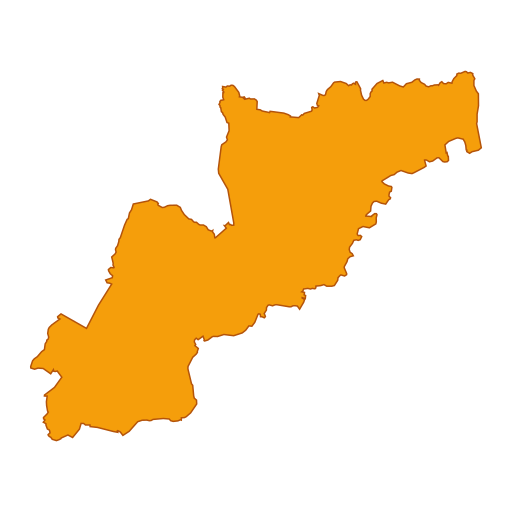 the district of El Grullo, Jalisco, Mexico, rotated 270°
{"feature_id": "50627088B46510877270516", "entity_name": "El Grullo", "entity_type": "district", "adm_level": 2, "iso_a3": "MEX", "parent_name": "Mexico", "parent_adm1": "Jalisco", "projection": "orthographic", "projection_center": [-104.189, 19.796], "detail": "fine", "context": "isolated", "style": "filled", "palette": "amber", "viewbox_px": 512, "rotation_deg": 270, "n_neighbors": 0, "source": "geoboundaries", "source_scale": "gbopen_adm2", "svg_char_len": 6047}
<svg xmlns="http://www.w3.org/2000/svg" viewBox="0 0 512 512"><g transform="rotate(270 256 256)"><path d="M364.2,481.3L388.4,476.6L390.3,477.1L397.9,477.1L406.3,478.5L418.2,478.4L421.0,476.3L426.5,473.9L431.6,473.9L433.2,474.8L436.9,472.7L438.4,472.8L439.6,470.4L439.0,467.8L440.3,466.4L440.6,465.1L438.7,460.7L438.9,458.8L438.0,456.9L436.4,456.8L433.5,453.9L430.4,452.2L428.8,451.9L429.6,448.2L428.2,446.1L428.4,443.6L430.3,441.8L429.3,440.2L426.8,438.6L427.2,438.3L427.0,434.4L426.1,432.0L426.3,431.1L425.2,428.6L425.9,426.1L427.7,424.6L429.5,421.1L431.7,419.3L432.9,419.4L433.0,417.0L432.1,414.9L429.7,411.8L428.3,406.4L425.0,403.3L426.1,399.7L429.8,392.5L429.1,388.7L429.7,386.6L429.0,383.9L431.5,382.8L428.5,377.0L422.8,372.0L421.1,372.1L419.9,370.9L418.3,370.2L415.5,370.2L412.7,368.1L411.6,366.5L411.6,365.0L412.8,363.5L416.8,361.6L421.7,360.5L423.3,360.6L430.2,356.9L430.2,356.0L429.7,355.5L427.7,355.5L428.8,353.7L428.2,352.4L427.0,351.5L427.2,350.1L426.3,348.6L428.5,346.2L430.5,340.5L429.9,334.7L429.2,333.6L425.3,330.8L422.5,327.5L420.7,326.3L417.4,325.5L416.6,324.6L416.5,323.1L418.4,318.7L416.6,319.3L408.6,316.8L406.8,317.3L406.1,318.7L404.6,317.5L404.0,314.6L405.2,312.8L404.6,311.7L402.0,312.1L400.8,311.5L398.6,304.3L396.9,302.7L397.2,301.7L394.4,298.7L395.1,290.3L396.0,290.5L397.4,288.1L398.9,283.8L400.7,270.1L399.4,269.6L401.0,262.2L402.2,260.2L402.7,256.8L410.4,257.2L411.8,256.4L413.1,254.4L413.0,250.5L413.8,249.3L412.7,244.7L413.7,243.7L414.2,244.9L415.1,244.3L414.7,242.3L415.2,239.4L416.1,239.7L419.6,238.8L425.3,234.6L426.5,233.2L426.8,232.0L426.7,230.9L425.8,229.7L426.0,227.3L424.9,225.9L425.5,222.6L423.6,222.7L423.2,222.3L422.5,223.3L421.6,222.5L420.0,223.8L419.2,223.5L419.2,222.9L414.8,222.8L412.3,223.7L411.7,221.7L411.9,221.1L410.6,219.9L409.6,220.0L407.5,219.0L406.7,219.9L404.8,220.1L404.4,220.7L400.3,221.4L399.3,222.6L397.6,223.1L394.9,225.2L389.5,227.0L388.8,228.8L381.3,229.1L374.9,226.5L372.2,227.4L370.1,225.9L367.3,221.8L365.4,221.2L342.9,218.3L338.7,218.7L322.7,227.8L288.9,233.8L286.8,233.7L286.7,231.4L287.5,230.7L287.4,229.4L289.5,228.5L286.3,225.1L286.4,224.4L283.8,226.3L274.2,215.4L274.2,214.8L277.8,214.3L280.1,212.5L281.5,212.7L281.1,212.2L281.1,211.0L282.2,208.2L285.3,206.3L287.0,203.4L287.0,200.2L287.6,198.8L289.7,196.5L289.7,194.5L290.3,193.5L292.6,191.5L293.1,188.8L297.4,184.3L301.6,181.5L304.6,180.3L306.8,176.7L306.7,169.9L306.3,167.6L304.7,164.3L304.5,162.2L306.7,158.2L307.9,157.8L308.5,158.3L310.1,157.0L312.7,150.5L311.1,148.4L308.0,133.3L302.2,131.5L299.1,129.5L293.4,128.3L292.6,127.1L287.0,124.6L274.3,120.3L272.7,119.0L270.4,118.8L266.2,117.5L263.7,115.7L262.2,115.5L259.9,116.1L258.1,115.1L255.0,111.7L248.7,113.2L247.0,113.0L244.6,114.1L244.2,113.8L244.5,110.8L242.5,108.4L241.2,108.6L238.2,110.3L236.3,112.6L234.3,112.3L232.0,105.7L229.2,107.1L228.8,109.8L227.9,111.7L206.9,98.5L183.6,86.5L198.1,61.0L195.3,57.6L194.1,57.8L193.0,59.9L187.2,51.9L184.5,49.2L182.7,48.3L178.5,47.7L174.9,48.7L172.8,48.1L171.9,46.8L170.5,46.7L168.2,45.2L162.4,44.4L160.3,41.6L155.3,37.3L153.2,34.3L151.2,32.6L145.5,30.7L144.0,30.8L142.8,34.6L143.9,38.0L143.5,43.2L138.2,50.7L142.3,53.4L140.8,53.7L140.5,55.2L141.0,57.2L134.8,61.8L124.6,54.5L117.0,44.5L116.0,44.4L115.9,47.2L110.3,46.4L106.5,46.6L101.2,47.5L99.8,48.2L98.1,47.1L94.5,43.5L93.1,43.6L92.4,44.8L91.8,44.9L89.8,43.3L88.3,45.9L86.7,46.0L83.0,47.4L82.0,49.3L81.0,49.7L79.1,50.0L77.4,48.1L76.6,48.3L75.5,49.3L74.7,50.8L72.7,52.2L71.4,56.4L72.3,59.0L73.3,60.9L74.0,61.2L77.0,67.9L74.5,72.6L82.8,79.4L88.6,81.1L88.5,83.7L87.0,85.5L87.0,90.0L85.4,90.1L84.6,97.4L80.5,113.4L79.7,117.7L81.0,117.2L81.4,117.8L80.0,120.3L76.6,122.9L80.7,129.2L90.3,137.7L91.8,142.2L91.9,146.9L91.3,149.4L91.5,151.1L92.6,153.1L93.5,163.3L93.0,169.2L91.3,170.7L90.6,173.2L91.1,177.9L92.2,180.4L91.9,181.3L94.2,181.4L94.4,184.4L95.3,186.2L99.1,190.6L108.0,196.7L111.9,196.5L113.8,194.3L116.1,193.7L126.7,192.7L128.2,191.5L143.2,187.9L145.5,188.0L154.7,192.7L157.9,196.2L159.6,197.4L160.5,197.3L163.5,198.3L166.4,194.9L167.5,195.7L170.1,194.3L172.2,194.6L173.8,196.2L172.3,198.1L175.8,203.0L172.3,204.3L171.4,204.0L171.0,204.6L172.0,207.9L175.2,212.2L175.6,213.3L175.5,217.6L177.5,223.9L176.3,233.7L179.1,242.3L181.8,245.7L186.1,248.9L185.8,251.9L189.7,254.8L197.7,258.0L198.2,258.8L197.7,260.3L195.3,260.5L195.2,262.1L194.2,264.3L194.5,264.7L195.6,265.4L198.5,264.2L201.9,266.4L204.4,266.5L206.7,268.0L207.1,269.2L206.2,272.6L207.2,275.0L207.3,276.8L205.2,289.3L205.2,291.0L206.2,292.9L206.3,295.1L205.9,297.4L202.8,299.6L209.8,303.7L212.2,304.5L213.2,303.6L213.9,302.2L214.4,302.2L213.4,305.3L216.5,305.6L217.1,304.2L219.6,304.5L220.2,301.8L221.1,302.9L223.0,303.6L223.6,307.8L223.0,310.5L223.6,312.3L223.2,314.9L224.1,315.8L225.9,315.9L226.4,320.7L227.4,324.0L225.8,326.7L225.8,331.8L226.5,334.4L231.7,337.7L234.3,338.0L236.6,340.1L237.1,340.9L236.0,344.6L237.3,346.6L238.3,346.7L244.3,344.2L245.4,344.3L250.3,347.0L253.3,347.8L255.3,350.1L256.2,353.3L258.3,352.2L259.8,350.1L262.6,349.2L264.9,349.6L268.6,352.4L271.7,353.8L272.2,356.4L271.6,358.2L272.3,360.2L275.4,361.7L276.6,360.4L276.4,358.3L277.2,357.5L278.1,357.2L283.3,358.5L285.5,363.0L284.2,369.4L288.1,375.8L290.1,376.3L294.1,376.2L297.2,377.0L298.3,376.4L298.4,374.7L296.2,371.8L295.5,371.6L295.9,365.8L296.8,366.0L298.1,367.2L301.0,370.6L305.7,371.0L308.9,372.4L310.5,374.0L310.8,376.7L308.8,381.3L307.9,385.7L312.3,388.7L313.0,390.1L314.2,390.6L315.9,389.0L317.3,389.0L319.9,389.6L320.8,391.3L324.6,391.9L325.5,391.3L326.0,388.5L328.1,384.3L330.4,381.9L331.2,382.1L336.5,390.8L337.4,394.2L339.9,397.1L341.5,401.0L339.0,408.1L338.4,412.0L339.4,414.2L344.5,424.0L346.0,426.1L351.9,424.5L352.1,424.9L351.9,426.6L350.2,429.5L351.0,432.7L354.1,437.0L354.3,438.2L354.2,439.0L350.4,442.9L350.0,444.7L350.3,447.2L351.6,448.5L355.7,448.3L356.1,447.7L359.5,447.0L359.1,446.2L367.1,444.9L370.6,448.7L373.7,456.0L374.1,457.9L372.8,463.2L370.0,464.8L366.5,465.8L362.1,466.2L361.9,466.9L360.4,466.8L358.7,469.6L360.3,472.1L361.8,478.4L364.2,481.3Z" fill="#f59e0b" stroke="#b45309" stroke-width="1.5"/></g></svg>